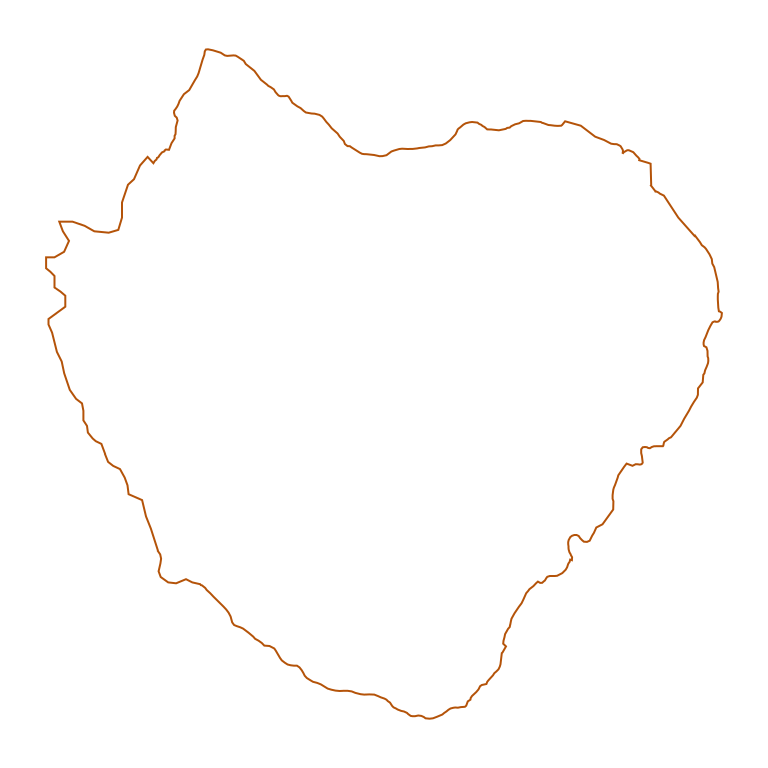 Konawe Kepulauan, Sulawesi Tenggara, Indonesia
{"feature_id": "22746128B22870517920414", "entity_name": "Konawe Kepulauan", "entity_type": "district", "adm_level": 2, "iso_a3": "IDN", "parent_name": "Indonesia", "parent_adm1": "Sulawesi Tenggara", "projection": "robinson", "projection_center": [123.119, -4.119], "detail": "fine", "context": "isolated", "style": "outline", "palette": "amber", "viewbox_px": 768, "rotation_deg": 0, "n_neighbors": 0, "source": "geoboundaries", "source_scale": "gbopen_adm2", "svg_char_len": 6051}
<svg xmlns="http://www.w3.org/2000/svg" viewBox="0 0 768 768"><path d="M224.8,55.4L220.7,52.7L212.9,50.3L208.0,49.3L205.9,49.5L204.8,51.3L204.3,54.9L202.6,59.6L198.6,73.1L197.2,76.5L194.9,80.2L189.2,90.1L183.9,94.2L179.6,100.8L178.5,103.9L177.2,106.6L175.5,109.1L174.2,110.7L174.0,112.8L174.8,115.8L176.7,117.6L177.6,120.5L175.8,127.1L175.7,131.1L175.5,134.2L174.6,135.8L174.6,138.4L171.5,143.2L169.0,149.8L165.9,149.5L164.7,150.4L164.4,151.3L162.0,152.4L159.6,155.2L158.3,157.3L157.0,157.9L156.5,159.5L154.8,160.9L153.4,163.2L147.6,156.9L140.0,165.5L134.0,179.2L128.0,184.7L122.0,202.5L122.0,217.6L118.3,229.9L108.7,232.7L94.3,231.3L84.6,225.8L72.6,221.7L59.3,221.7L62.9,231.3L69.0,240.9L64.1,251.8L54.5,257.3L46.1,257.3L46.1,268.3L50.3,271.7L54.5,276.0L54.5,287.5L60.5,291.6L65.3,295.7L65.3,306.7L48.5,319.0L48.5,324.5L52.1,332.7L56.9,351.9L61.7,361.5L64.2,373.3L69.8,389.9L76.1,398.9L82.0,403.4L83.4,410.8L83.4,420.4L87.0,425.9L87.9,432.6L92.7,438.5L95.8,441.2L101.4,443.9L105.1,453.9L105.0,454.1L108.1,461.9L113.2,465.9L120.0,469.1L124.7,477.6L127.5,485.3L128.6,494.2L142.1,500.1L146.0,516.4L150.9,528.7L157.9,550.5L157.8,550.9L160.2,554.4L161.1,558.7L160.4,563.5L158.6,571.3L160.7,577.0L168.2,582.4L176.1,583.3L186.0,579.2L192.3,582.4L200.2,584.2L200.8,585.1L201.9,585.3L205.2,587.9L206.7,590.0L210.2,593.2L213.4,596.6L223.6,606.7L226.2,609.5L228.6,612.7L230.6,616.5L232.2,622.4L234.1,625.0L236.7,626.1L240.3,627.3L243.1,628.6L248.9,633.0L253.3,636.7L255.1,638.8L258.6,640.7L261.8,643.0L264.3,645.6L269.5,646.0L274.3,648.5L275.8,650.7L280.0,657.9L281.8,660.4L284.8,662.7L287.6,664.5L290.8,665.3L294.2,665.7L297.0,665.7L299.5,667.4L301.7,670.2L303.3,672.9L304.7,675.7L306.8,678.0L310.3,680.2L313.0,681.8L317.2,682.9L320.9,684.4L327.7,688.6L331.4,689.7L335.5,690.6L339.7,691.0L343.6,690.8L347.6,690.8L351.7,691.4L355.4,692.9L360.6,694.2L364.2,694.6L369.3,694.4L374.3,694.6L378.3,696.2L380.7,697.3L384.5,698.6L386.5,699.7L387.8,701.1L390.0,702.6L392.2,706.0L393.6,707.4L396.0,708.5L397.6,709.5L401.2,710.9L404.0,711.5L407.0,712.9L408.2,714.1L410.7,715.9L412.6,716.2L415.0,716.2L418.3,715.5L421.3,715.9L423.8,717.0L425.5,718.3L429.6,718.7L433.0,718.3L437.2,716.7L442.4,714.5L444.0,713.1L446.5,711.4L448.4,709.8L450.5,708.5L453.2,707.8L455.2,707.5L457.9,707.7L460.9,707.1L464.9,706.8L466.2,705.7L467.8,701.4L469.6,700.2L470.4,699.7L470.7,698.0L472.0,696.0L476.2,692.1L477.3,690.8L478.5,689.4L480.1,686.2L481.8,685.0L486.4,684.0L487.3,681.7L488.8,679.9L493.0,675.3L494.3,673.2L496.3,671.5L498.5,669.3L499.8,666.6L500.5,664.2L501.8,653.1L502.5,652.5L506.0,646.4L503.2,643.7L503.5,640.8L504.5,637.1L505.1,634.1L508.1,628.8L509.8,626.9L510.0,625.1L510.2,624.9L510.9,621.2L511.5,618.7L514.5,613.3L518.9,606.8L521.6,603.2L523.4,599.5L526.2,593.2L528.2,590.9L529.4,589.2L533.4,586.1L536.2,583.1L537.9,581.6L540.2,582.9L542.2,582.8L543.7,581.4L544.9,580.5L546.3,578.1L547.3,576.8L549.8,576.0L554.8,576.0L557.1,575.8L562.3,573.1L565.7,569.7L567.1,567.3L568.1,564.2L568.6,563.2L569.6,561.9L570.2,559.6L571.9,560.2L572.1,557.2L571.0,555.3L570.5,554.0L569.5,552.4L568.7,549.7L568.5,548.0L568.5,546.3L568.2,544.2L568.2,542.1L568.7,540.0L570.3,537.1L572.0,535.8L574.3,535.0L576.6,535.0L578.7,536.0L580.1,538.1L582.1,540.2L583.9,541.7L587.0,541.9L589.7,540.7L592.2,535.6L593.9,532.9L596.3,527.5L602.5,524.3L613.2,509.5L613.4,501.2L612.6,498.8L612.6,495.1L613.3,489.7L613.9,487.6L615.0,485.1L617.7,477.6L618.3,475.3L624.2,466.7L626.6,463.6L632.5,465.8L635.7,464.2L637.9,464.3L639.8,464.6L641.2,464.3L642.2,463.6L642.7,462.6L641.9,456.0L641.2,453.1L641.2,449.3L642.7,447.3L644.9,447.0L646.9,447.2L648.2,448.0L649.9,448.2L651.8,447.0L653.9,446.3L656.7,446.2L662.9,446.2L663.3,445.7L663.8,443.2L664.3,441.8L667.7,439.4L669.0,438.2L671.0,437.3L680.5,425.9L684.2,418.7L689.0,410.7L691.1,406.6L694.0,401.8L696.8,397.7L697.9,394.8L698.0,388.4L702.7,382.4L703.3,374.8L704.4,373.4L705.1,370.3L706.6,366.9L708.0,363.2L708.3,360.9L708.2,358.1L707.6,356.4L707.5,350.9L706.6,347.9L706.4,347.3L704.0,346.0L703.6,344.3L703.6,342.5L704.1,340.1L705.6,337.0L708.3,330.1L710.4,325.9L712.5,322.3L714.3,321.5L715.1,321.4L715.8,321.8L717.2,321.8L718.5,321.5L719.4,320.6L720.7,318.7L721.5,316.7L721.9,313.0L720.2,311.7L718.9,311.3L718.3,307.6L717.8,299.4L717.8,296.5L717.9,293.8L718.6,291.7L718.1,288.1L717.7,281.9L714.2,267.1L712.3,263.6L711.8,259.1L709.5,254.3L706.0,248.9L704.6,247.3L701.8,245.2L700.0,242.2L695.0,235.6L694.6,236.0L678.3,217.6L663.9,195.6L659.8,193.6L658.5,192.5L656.3,191.5L655.5,191.1L655.3,191.3L654.9,190.6L650.9,185.5L651.2,185.2L650.6,163.7L648.0,162.8L639.2,160.2L639.5,159.0L638.2,157.4L636.4,155.7L633.3,152.2L629.0,150.3L628.0,150.2L627.1,150.3L625.0,151.5L623.7,152.3L623.1,153.1L622.7,152.9L623.0,150.9L622.6,149.5L620.6,146.2L619.5,145.5L616.8,144.2L613.9,144.1L611.1,143.7L604.1,140.0L595.2,136.7L580.8,125.7L565.1,121.3L562.1,125.0L561.2,125.7L557.6,125.9L554.6,125.7L550.7,125.2L548.4,125.0L543.0,123.0L542.2,122.9L540.8,122.0L531.0,120.9L525.7,120.8L523.1,121.0L519.1,123.3L515.1,124.3L511.2,126.2L509.7,127.6L507.2,127.9L505.7,128.9L498.9,130.3L491.3,129.5L487.2,129.4L484.5,127.0L482.4,125.9L481.4,124.9L479.1,123.9L477.5,122.6L472.1,122.0L469.6,122.3L465.7,123.3L463.4,124.6L459.9,127.6L458.5,128.6L457.6,129.6L457.1,131.0L455.5,134.4L450.2,140.1L445.8,143.5L442.2,145.1L438.7,145.4L435.6,145.4L432.1,146.2L428.8,146.4L425.1,147.4L419.2,148.0L417.3,148.4L413.0,148.9L407.5,149.0L402.2,148.7L399.3,149.0L393.9,150.6L391.4,151.5L386.5,155.2L382.5,156.1L379.5,156.2L374.1,155.0L366.7,154.2L363.9,154.1L362.0,153.8L359.7,152.6L351.5,147.4L349.9,146.2L347.5,146.1L344.9,144.0L343.8,141.0L339.8,136.8L337.6,133.5L331.7,128.3L328.8,124.6L326.3,121.9L323.7,118.4L322.2,116.6L319.5,114.9L314.7,113.7L311.5,113.5L305.9,112.5L303.8,111.0L300.6,108.1L297.3,106.3L292.3,102.7L291.4,101.0L288.6,96.6L287.0,95.8L285.1,96.1L280.4,96.2L279.1,95.8L278.2,95.2L275.5,92.1L273.9,89.4L270.6,87.1L268.3,85.9L267.0,84.6L260.9,79.8L254.4,70.9L245.8,64.1L243.8,60.8L237.8,56.8L235.7,55.6L233.5,55.4L227.2,55.9L224.8,55.4Z" fill="none" stroke="#b45309" stroke-width="2"/></svg>